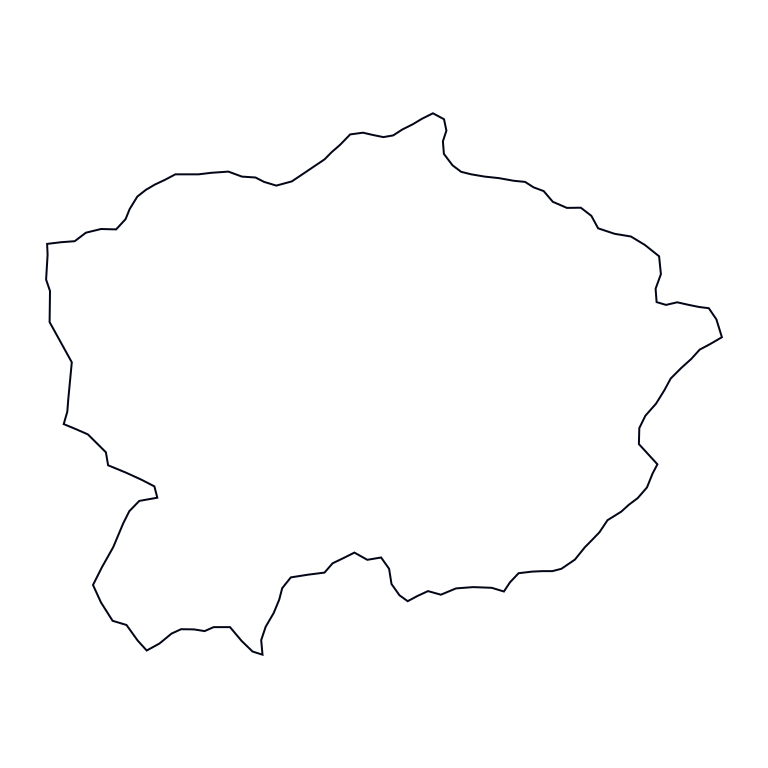 outline of Itamogi, Minas Gerais, Brazil
{"feature_id": "56859067B20753929477862", "entity_name": "Itamogi", "entity_type": "district", "adm_level": 2, "iso_a3": "BRA", "parent_name": "Brazil", "parent_adm1": "Minas Gerais", "projection": "mercator", "projection_center": [-47.045, -21.076], "detail": "fine", "context": "isolated", "style": "outline", "palette": "ink", "viewbox_px": 768, "rotation_deg": 0, "n_neighbors": 0, "source": "geoboundaries", "source_scale": "gbopen_adm2", "svg_char_len": 2008}
<svg xmlns="http://www.w3.org/2000/svg" viewBox="0 0 768 768"><path d="M721.9,337.2L716.4,319.4L708.8,308.2L699.2,307.0L688.8,304.9L677.2,302.3L666.0,304.9L656.6,302.1L655.6,288.7L660.9,274.2L659.1,256.3L644.8,244.9L630.9,236.5L614.6,233.8L598.1,228.3L591.4,215.9L580.8,207.7L566.9,207.9L552.8,201.8L543.7,191.1L533.5,187.3L525.1,181.9L513.9,180.8L498.8,178.1L484.7,176.6L471.1,174.3L461.1,171.8L452.5,165.3L443.9,153.9L442.9,141.3L446.4,130.6L444.0,119.2L432.9,113.3L421.9,118.8L412.7,124.3L402.3,129.5L393.2,135.4L383.4,137.1L373.0,135.0L363.0,132.7L350.2,134.4L340.2,144.7L331.6,152.2L324.5,159.4L312.6,167.4L302.4,174.3L291.8,181.4L276.3,185.6L264.1,181.9L255.5,177.5L241.9,176.6L228.4,171.6L211.3,172.8L198.8,174.3L187.2,174.3L175.4,174.3L165.0,179.8L154.8,184.6L145.8,189.9L137.3,196.6L129.7,209.0L125.6,219.1L116.1,229.4L101.0,229.0L85.9,232.7L74.7,241.2L61.2,242.2L47.1,243.9L47.6,254.6L46.1,279.6L50.0,291.0L49.6,322.1L71.8,362.3L68.3,398.9L67.3,411.7L63.7,424.1L75.3,428.9L87.9,434.4L105.9,452.3L108.1,465.3L126.1,472.7L141.6,479.8L154.4,486.4L157.3,497.7L139.3,500.9L129.3,511.2L123.2,523.4L113.2,547.2L102.0,567.1L93.0,585.0L101.0,602.5L112.6,620.8L126.5,625.0L137.7,640.6L146.7,650.5L159.5,643.5L171.5,633.6L181.1,629.2L194.0,629.4L204.6,631.1L213.7,627.1L230.0,627.1L241.5,640.8L252.5,651.5L262.5,654.7L261.2,640.1L265.7,626.7L273.7,613.0L279.2,599.7L282.2,588.2L290.8,577.4L307.9,574.7L324.5,572.6L332.6,563.3L342.2,558.7L354.4,552.6L367.3,559.8L381.1,557.5L389.1,568.8L391.5,584.0L399.5,595.3L407.7,601.2L417.4,596.0L428.0,591.1L440.9,594.7L456.0,588.4L473.1,587.1L491.7,587.8L503.9,591.5L510.0,582.3L518.6,573.2L532.2,571.6L543.1,571.1L552.4,571.1L561.4,568.8L574.9,559.6L584.9,547.2L592.4,539.6L599.5,532.2L607.5,520.2L621.3,511.6L628.9,504.7L637.7,498.1L647.0,487.4L652.5,473.7L657.4,464.3L649.9,456.1L638.9,444.1L639.3,428.1L645.4,415.7L656.0,403.7L664.4,390.2L670.7,378.5L681.3,367.9L691.3,358.9L699.7,349.6L709.9,344.2L721.9,337.2Z" fill="none" stroke="#020617" stroke-width="2"/></svg>